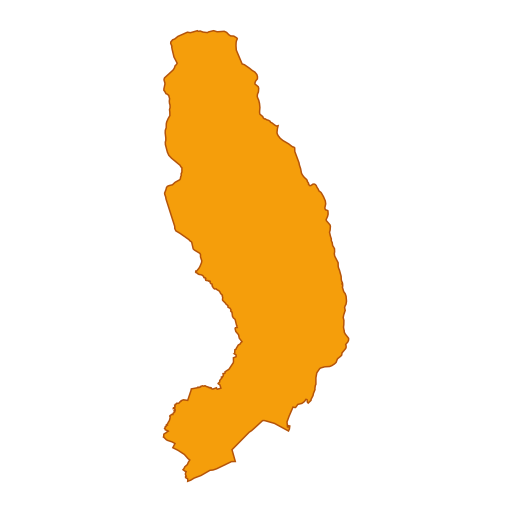 Bughea De Sus, Arges, Romania (Natural Earth projection)
{"feature_id": "2599482B4060307411648", "entity_name": "Bughea De Sus", "entity_type": "district", "adm_level": 2, "iso_a3": "ROU", "parent_name": "Romania", "parent_adm1": "Arges", "projection": "natural_earth1", "projection_center": [25.027, 45.334], "detail": "fine", "context": "isolated", "style": "filled", "palette": "amber", "viewbox_px": 512, "rotation_deg": 0, "n_neighbors": 0, "source": "geoboundaries", "source_scale": "gbopen_adm2", "svg_char_len": 6066}
<svg xmlns="http://www.w3.org/2000/svg" viewBox="0 0 512 512"><path d="M235.3,461.5L232.0,449.7L249.3,432.1L251.5,430.7L254.0,428.5L262.6,420.6L264.1,420.5L265.8,420.9L274.5,423.4L288.5,431.0L289.4,429.0L289.8,426.0L288.7,425.7L288.6,427.0L287.5,427.0L287.0,421.9L289.2,415.9L293.0,407.1L295.2,407.6L295.8,407.2L297.8,404.4L301.9,403.4L304.1,401.8L305.1,400.7L305.7,399.4L306.4,399.4L307.1,399.7L307.3,402.0L308.2,403.1L311.0,400.4L311.1,399.3L313.0,395.6L313.4,393.6L315.0,389.6L314.9,388.3L315.3,385.6L315.9,384.3L315.9,377.8L316.8,372.8L319.7,368.6L320.6,368.0L324.7,366.8L329.7,366.5L331.9,365.6L334.5,363.9L336.1,362.4L337.1,359.7L337.6,358.7L340.7,356.2L341.7,355.1L342.0,352.9L345.7,348.5L346.1,347.3L346.1,345.9L345.7,344.5L347.9,341.8L348.6,340.0L348.6,338.3L345.3,334.1L344.3,332.2L344.2,330.6L343.8,329.2L343.5,327.1L343.8,324.6L343.9,320.4L343.2,317.5L343.7,314.9L345.2,310.4L344.6,307.5L345.1,305.9L346.0,304.3L346.5,301.2L346.1,296.3L345.2,293.7L343.7,291.6L342.4,287.2L342.7,286.1L342.6,284.0L342.0,284.0L342.0,283.5L342.4,283.1L342.3,282.3L341.7,281.5L341.3,279.6L341.1,276.2L339.4,270.0L338.6,268.1L338.2,266.4L338.1,262.7L334.7,256.1L334.3,253.7L334.6,251.8L334.5,248.7L332.6,245.4L332.2,242.6L331.3,240.7L331.3,238.8L330.4,236.1L329.5,232.2L330.1,230.2L330.4,226.3L330.0,224.9L326.4,220.7L326.1,219.7L327.6,216.3L328.1,214.2L328.0,211.6L327.8,210.6L325.6,209.8L325.1,209.0L324.8,208.0L325.7,203.9L325.3,200.9L323.5,196.7L321.6,193.4L321.0,192.5L318.8,190.7L318.3,189.3L316.9,187.2L316.3,185.7L315.4,184.6L314.4,184.1L313.0,184.1L311.0,185.5L309.9,185.7L308.5,184.3L308.6,183.3L307.3,181.4L307.2,180.6L306.7,179.6L304.3,177.4L302.7,175.4L301.5,173.3L300.6,168.7L299.4,165.0L299.0,162.8L294.8,151.5L294.7,147.9L293.8,147.1L292.5,146.8L291.4,146.0L288.7,143.9L282.9,140.5L280.2,138.3L278.1,135.6L277.2,133.7L277.0,132.3L277.4,128.7L278.1,125.7L276.7,126.1L274.9,125.2L272.1,123.0L270.5,122.2L270.1,121.3L268.7,120.4L266.5,119.7L265.4,118.9L264.8,119.0L264.2,118.7L263.1,117.7L262.8,116.6L259.9,114.2L259.6,113.0L259.6,111.2L259.9,107.6L259.5,103.5L258.7,100.2L257.7,98.0L257.2,96.2L257.5,94.1L258.4,92.0L258.7,88.5L258.3,86.8L255.0,84.0L254.9,83.0L255.7,80.9L257.4,78.9L257.5,76.8L256.9,74.6L254.9,72.1L252.0,70.3L249.6,68.3L244.4,64.7L242.1,63.9L236.3,50.1L236.0,45.8L236.1,42.7L236.4,40.9L237.3,38.8L236.8,37.9L233.8,36.1L230.6,35.9L228.8,34.7L226.6,32.4L224.2,31.3L217.2,31.8L213.7,30.7L213.0,30.8L208.6,31.9L207.4,32.6L203.1,32.1L200.1,31.0L199.1,31.3L198.1,31.3L197.4,30.7L190.4,32.7L187.4,32.2L177.9,36.4L174.7,39.0L172.6,39.8L170.8,42.0L170.7,43.5L171.9,46.2L171.7,46.9L172.2,49.6L174.0,57.1L177.2,63.2L176.3,64.7L175.2,65.6L174.3,68.2L173.0,70.1L164.5,77.9L164.2,78.8L164.0,79.9L164.9,83.0L164.9,84.3L163.9,88.9L163.9,90.4L164.7,91.3L166.0,93.7L166.9,94.0L168.7,95.4L169.6,98.7L169.3,101.1L169.5,103.4L170.0,104.9L170.1,107.5L169.5,109.7L169.8,111.9L169.9,115.6L168.2,118.5L166.7,121.9L166.3,123.7L166.2,127.8L165.3,130.3L165.2,133.0L165.8,138.0L165.8,140.4L165.3,142.1L165.4,144.6L167.4,152.2L168.8,155.3L171.6,158.3L180.1,165.3L180.8,166.7L181.9,167.8L181.9,172.0L181.1,173.9L181.3,175.3L180.7,176.7L180.3,178.9L179.8,179.7L175.1,182.3L172.4,184.8L169.1,185.6L167.4,186.3L166.5,187.5L166.0,189.5L164.6,193.1L164.8,194.5L165.7,197.0L166.0,199.0L174.7,226.3L174.8,228.6L175.9,230.9L180.1,233.4L188.9,239.6L189.9,240.8L191.2,241.7L191.7,242.3L193.2,248.9L194.5,250.1L199.8,253.3L200.5,254.5L200.5,256.9L201.8,260.9L201.5,262.7L200.0,266.4L198.9,268.3L196.5,271.2L195.9,271.0L195.6,272.1L196.0,272.6L197.7,273.4L197.8,273.8L198.9,274.4L201.3,274.8L202.5,275.4L203.6,276.5L203.9,277.6L205.5,277.9L205.7,278.2L205.8,278.6L205.4,279.0L205.8,280.3L207.3,280.7L207.9,280.5L208.7,281.2L209.8,281.0L210.2,281.6L210.0,282.2L210.4,283.1L210.9,283.7L212.0,284.1L212.3,285.5L212.1,285.8L213.3,287.8L214.4,288.9L216.2,288.9L216.7,289.5L219.1,290.9L219.8,291.8L220.7,293.6L222.2,295.0L222.4,295.3L222.2,295.8L222.7,297.4L222.5,299.9L222.9,300.6L225.4,303.1L226.0,304.1L227.9,305.6L228.0,307.2L230.1,308.3L231.0,309.9L230.7,311.0L231.1,311.6L231.9,312.1L232.5,316.3L233.3,317.8L235.1,319.4L236.5,325.1L236.9,325.6L236.9,327.2L237.1,327.5L235.5,327.7L235.2,328.2L235.1,328.7L235.8,331.5L238.5,334.7L239.3,338.2L242.0,341.7L240.8,342.8L240.1,344.0L238.3,345.0L236.3,348.3L236.1,349.1L234.9,349.7L234.6,353.7L234.3,353.8L236.1,355.0L236.1,356.7L233.4,357.8L233.5,361.4L233.3,362.7L229.0,369.2L225.0,371.8L225.1,372.9L224.5,373.4L223.0,373.6L223.0,374.0L223.4,374.7L223.3,375.3L222.9,376.4L221.5,377.1L222.1,377.6L219.7,380.5L219.7,381.9L218.2,383.3L218.1,383.6L220.0,385.0L220.9,388.2L217.4,389.2L216.4,388.4L216.4,387.8L212.8,389.1L211.4,388.6L211.3,387.9L210.0,387.5L209.9,387.9L208.4,387.4L208.2,387.0L206.3,386.5L205.3,385.8L204.6,385.8L203.9,386.2L202.5,385.8L200.4,386.5L200.5,387.0L198.7,387.6L198.3,387.5L198.0,387.1L197.2,387.8L191.3,388.9L191.0,390.5L187.7,400.4L183.4,399.8L181.1,400.7L181.1,401.2L179.9,401.9L179.2,402.9L178.5,403.3L176.6,403.3L176.1,404.1L175.4,404.3L175.4,404.8L175.2,405.1L174.7,405.2L175.0,406.2L174.8,406.5L175.0,406.9L174.6,407.3L174.8,407.9L174.6,408.1L174.2,407.7L173.5,407.8L173.3,408.1L173.3,408.5L173.8,408.3L174.1,408.7L174.3,408.5L174.7,408.9L175.2,409.8L175.2,410.1L174.0,410.9L174.4,411.4L174.8,411.4L174.5,412.2L173.2,413.2L172.8,414.5L172.0,414.3L169.9,415.7L169.8,416.1L170.2,416.2L170.1,417.8L169.4,420.5L168.2,422.4L167.5,424.0L166.8,424.5L167.2,425.1L166.2,425.3L166.3,425.8L165.9,426.6L165.3,426.7L165.0,427.6L165.0,428.1L164.6,428.5L165.3,429.3L165.3,429.8L168.1,430.9L168.3,431.2L167.3,431.6L166.6,432.4L164.0,434.0L163.7,435.0L163.8,436.3L163.4,437.0L164.3,437.7L166.2,439.6L167.3,440.3L172.1,441.9L175.0,443.5L172.8,447.7L177.8,450.2L184.3,454.4L188.0,458.6L189.8,460.0L188.3,462.3L187.4,464.5L184.8,466.8L184.0,468.5L183.0,469.7L185.2,471.3L186.1,471.6L185.5,473.3L185.4,474.3L186.2,476.2L185.6,476.5L185.6,477.6L187.6,478.8L187.8,480.2L187.7,481.3L190.7,480.2L194.1,478.1L201.0,475.5L210.0,470.3L213.0,470.0L216.6,468.8L231.5,461.6L235.3,461.5Z" fill="#f59e0b" stroke="#b45309" stroke-width="1.5"/></svg>